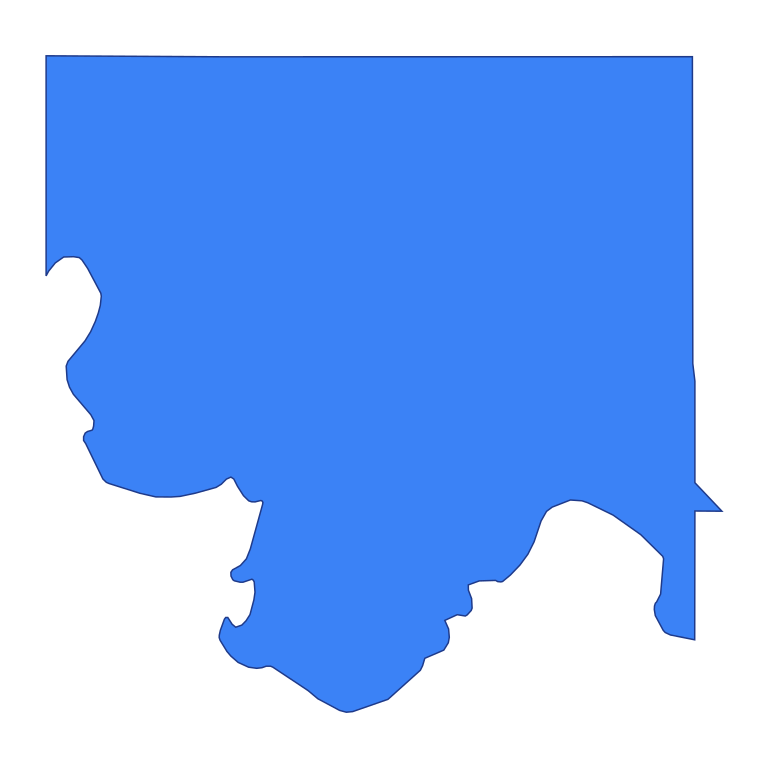 Jefferson, Oklahoma, United States of America
{"feature_id": "52423323B23820153669185", "entity_name": "Jefferson", "entity_type": "district", "adm_level": 2, "iso_a3": "USA", "parent_name": "United States of America", "parent_adm1": "Oklahoma", "projection": "equal_earth", "projection_center": [-97.897, 34.069], "detail": "fine", "context": "isolated", "style": "filled", "palette": "blue", "viewbox_px": 768, "rotation_deg": 0, "n_neighbors": 0, "source": "geoboundaries", "source_scale": "gbopen_adm2", "svg_char_len": 1899}
<svg xmlns="http://www.w3.org/2000/svg" viewBox="0 0 768 768"><path d="M46.1,55.8L46.1,275.9L48.6,271.2L55.3,262.9L63.7,257.0L73.6,256.7L79.3,257.6L82.0,260.0L87.7,268.5L100.8,293.2L101.3,296.2L100.3,305.4L98.3,313.0L95.3,321.5L90.6,331.8L85.0,340.9L68.0,361.3L66.2,366.1L67.1,379.7L69.5,387.2L73.4,394.3L90.8,414.7L94.0,420.6L93.6,426.1L92.8,429.1L92.0,430.2L87.5,431.5L85.2,433.1L83.6,436.7L83.6,440.5L85.7,443.6L102.9,479.0L106.3,482.3L109.0,483.5L140.0,493.3L155.8,496.9L170.9,497.0L180.1,496.4L195.6,493.1L216.1,487.4L221.3,484.2L226.4,479.1L230.9,477.1L233.8,479.0L237.5,486.3L243.5,495.7L248.7,500.8L251.5,501.8L255.1,501.9L260.8,500.5L262.0,500.9L262.9,502.3L262.6,504.4L250.3,549.0L246.4,558.8L240.4,565.5L232.6,569.8L230.9,572.3L231.0,576.1L232.8,579.7L234.3,580.8L240.1,582.2L243.0,582.2L251.9,579.2L253.0,579.9L254.2,581.8L255.0,592.2L253.9,599.8L250.0,614.6L246.1,620.7L241.8,625.1L235.7,627.2L232.1,624.2L227.8,617.5L225.7,617.5L224.4,619.2L220.4,630.2L219.3,635.1L219.2,637.6L220.1,640.3L226.8,651.2L226.8,651.3L230.9,656.1L238.1,662.4L248.6,667.2L256.7,668.3L262.0,667.7L266.2,666.2L270.6,666.2L272.9,667.2L308.1,690.6L317.9,698.8L339.6,710.4L346.3,712.2L352.7,711.6L388.0,699.3L420.4,670.2L422.6,665.7L424.8,658.3L443.8,650.1L448.3,642.8L449.3,637.3L448.6,629.0L444.8,620.4L457.2,614.7L465.3,616.0L467.2,614.9L471.2,610.5L472.1,608.1L471.6,598.6L468.4,590.2L468.3,584.9L479.3,580.9L495.6,580.4L497.7,581.6L500.9,581.9L502.6,581.5L510.4,575.0L519.9,565.1L527.9,554.2L534.1,541.8L541.1,520.9L546.5,511.4L552.2,507.1L570.4,500.0L582.0,500.8L587.9,502.8L613.1,515.1L640.8,534.7L662.7,556.3L663.6,558.8L660.6,594.1L656.6,602.0L655.4,603.2L654.5,606.0L654.3,609.5L655.3,615.6L663.2,630.3L665.2,632.5L670.5,635.0L694.7,639.8L694.9,511.0L721.9,511.2L694.9,482.7L694.9,381.2L692.8,363.6L692.6,229.6L692.4,56.7L222.1,56.8L46.1,55.8Z" fill="#3b82f6" stroke="#1e3a8a" stroke-width="1.5"/></svg>